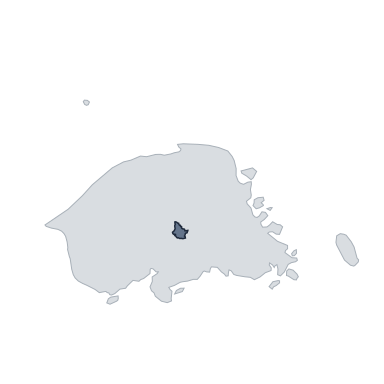 Okcheon-gun, North Chungcheong, South Korea (highlighted), rotated 259°
{"feature_id": "91817680B1659695850463", "entity_name": "Okcheon-gun", "entity_type": "district", "adm_level": 2, "iso_a3": "KOR", "parent_name": "South Korea", "parent_adm1": "North Chungcheong", "projection": "mercator", "projection_center": [127.662, 36.302], "detail": "fine", "context": "in_parent", "style": "filled", "palette": "slate", "viewbox_px": 384, "rotation_deg": 259, "n_neighbors": 0, "source": "geoboundaries", "source_scale": "gbopen_adm2", "svg_char_len": 4240}
<svg xmlns="http://www.w3.org/2000/svg" viewBox="0 0 384 384"><g transform="rotate(259 192 192)"><path d="M109.4,89.6L110.8,88.5L110.9,86.9L110.9,81.8L114.8,78.3L120.4,71.1L123.2,67.1L126.3,63.4L129.9,60.9L133.5,59.7L139.1,59.2L149.8,59.7L151.9,59.3L159.4,58.9L161.1,59.5L166.6,59.9L172.6,59.5L175.6,58.4L178.4,56.6L180.9,53.3L183.4,47.1L186.1,42.3L187.7,41.4L198.7,67.1L209.2,83.6L218.1,95.5L230.9,118.3L234.6,130.5L234.9,138.0L237.1,148.3L235.3,154.2L235.8,163.5L235.0,168.2L233.4,171.8L233.4,178.5L233.9,182.1L233.9,186.8L234.9,188.7L236.4,189.4L238.7,187.6L241.5,186.9L241.0,192.6L237.6,207.1L234.6,217.5L230.6,226.6L225.4,235.0L219.2,238.2L214.9,239.4L206.6,239.8L199.7,238.4L193.8,239.4L191.4,241.1L189.7,244.1L191.0,248.7L190.8,252.1L188.3,251.8L183.2,249.8L177.7,249.6L175.1,248.6L172.5,243.7L169.8,243.9L165.1,246.8L158.0,247.4L155.5,249.0L154.6,251.0L155.7,253.5L159.2,256.9L158.0,260.2L154.3,261.9L151.3,257.8L149.4,253.7L147.3,253.5L144.0,254.6L143.4,259.0L144.9,262.0L147.4,265.5L143.9,269.4L143.0,272.3L140.5,274.3L133.7,269.8L134.6,266.6L137.6,263.5L138.0,260.3L137.0,258.4L127.3,266.5L121.3,275.6L118.1,275.0L116.7,272.6L114.8,271.7L108.4,277.6L107.2,282.2L104.8,282.4L103.8,280.4L103.7,276.2L102.6,272.6L95.9,267.4L92.8,262.8L94.5,260.3L100.0,261.7L104.5,261.5L103.6,259.3L102.2,258.3L105.1,257.1L107.6,254.6L105.6,253.9L102.4,255.3L99.8,254.6L98.8,248.6L95.6,242.5L94.0,236.5L97.1,233.0L98.7,227.7L101.6,219.9L103.1,217.3L107.1,215.5L108.5,213.5L106.3,212.5L102.8,211.5L102.9,209.3L105.3,208.1L108.0,205.6L113.2,202.5L114.8,196.8L113.3,195.4L110.0,194.0L110.8,191.1L112.1,188.9L111.6,187.6L107.8,183.9L105.2,180.5L106.0,176.6L105.4,170.7L105.7,165.8L105.6,163.1L103.7,157.1L102.8,151.0L100.4,151.9L98.4,153.4L91.3,151.2L89.0,151.1L88.1,146.6L90.7,141.1L96.7,136.1L100.2,135.5L102.8,133.4L106.9,132.7L111.8,136.0L116.2,136.7L118.6,142.4L120.1,143.7L120.4,141.6L124.0,139.1L124.8,137.2L124.1,136.2L120.0,135.2L116.3,128.0L115.8,124.9L114.5,122.9L116.5,117.2L112.2,110.6L110.2,108.5L110.4,102.7L108.2,98.9L107.0,96.8L106.2,93.3L106.9,91.7L108.8,91.1L109.4,89.6ZM95.6,341.4L93.6,342.6L91.7,341.9L91.2,341.3L89.0,338.2L88.4,336.7L89.9,333.6L96.1,328.7L112.2,323.9L115.1,323.7L121.4,325.7L122.8,329.6L121.6,332.9L120.2,335.1L112.8,338.8L107.1,340.6L95.6,341.4ZM204.1,256.0L199.9,259.4L194.2,254.8L192.8,252.3L197.2,248.7L200.9,244.5L203.3,244.2L204.1,256.0ZM173.8,255.6L173.3,260.9L170.1,261.2L168.2,257.8L166.2,259.4L165.1,259.5L163.6,255.2L163.3,251.8L167.0,249.3L169.3,250.8L172.5,251.6L173.8,255.6ZM91.4,279.4L88.5,280.2L86.9,278.3L85.8,277.8L86.4,275.4L91.1,270.5L92.0,268.8L96.4,269.9L98.0,272.4L96.0,276.3L91.4,279.4ZM104.3,92.1L104.1,99.6L101.6,99.3L99.9,98.5L99.2,97.1L97.5,90.1L99.4,87.2L103.1,89.5L104.3,92.1ZM88.6,259.7L88.1,261.0L86.1,260.6L84.1,256.8L83.3,253.9L81.3,252.2L84.4,249.6L88.5,254.3L88.6,259.7ZM99.7,162.3L99.1,165.9L96.1,163.5L95.2,155.5L98.3,157.9L99.7,162.3ZM301.9,106.8L299.9,108.5L297.5,106.8L297.2,105.0L298.4,103.4L301.4,102.5L302.7,103.9L301.9,106.8ZM114.8,280.8L115.5,283.4L111.9,282.9L110.0,280.4L110.2,278.3L112.4,278.0L114.8,280.8ZM161.8,266.0L161.3,267.7L159.0,265.2L161.3,262.4L161.8,266.0Z" fill="#d9dde1" stroke="#a8b0b8" stroke-width="1"/><path d="M165.9,169.5L164.7,169.3L163.4,169.4L162.8,168.9L162.1,168.6L161.0,168.5L159.5,168.5L159.0,168.3L158.1,167.7L157.3,167.0L156.8,166.3L156.6,165.8L156.2,165.2L155.6,165.2L154.8,165.3L154.1,165.8L153.9,166.4L153.8,167.1L153.5,167.7L153.0,167.5L152.7,166.8L152.3,167.0L152.0,167.6L151.1,167.9L150.1,168.5L149.7,168.8L149.8,169.5L149.6,170.0L149.2,170.4L148.8,170.9L148.6,171.7L148.6,172.4L148.5,172.7L148.3,173.1L148.0,173.9L147.9,175.0L148.0,175.6L148.2,176.3L148.1,176.7L149.3,176.8L149.9,176.4L150.2,176.2L151.0,176.9L151.3,177.0L151.6,177.2L152.3,177.4L152.7,177.7L152.8,178.3L152.8,179.0L153.0,179.5L153.4,179.5L154.1,179.9L154.5,180.4L155.1,180.6L155.2,179.8L155.1,179.3L155.1,178.6L155.3,177.6L156.2,177.7L156.9,177.5L157.3,177.0L157.3,176.4L157.8,175.6L158.2,175.1L158.6,174.9L159.1,174.9L159.5,175.2L160.1,175.1L160.4,174.2L161.3,174.2L161.8,173.9L161.8,173.4L162.5,173.0L163.9,172.9L163.9,172.5L164.2,172.0L165.0,171.4L165.3,171.1L165.7,170.5L165.9,170.0L165.9,169.5Z" fill="#64748b" stroke="#1e293b" stroke-width="1.5"/></g></svg>